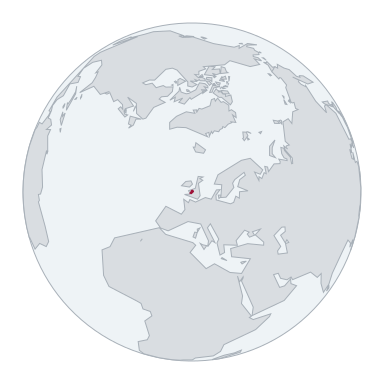 Powys highlighted on a globe, orthographic projection, rotated 35°
{"feature_id": "GBR-2111", "entity_name": "Powys", "entity_type": "Unitary Authority (wales)", "adm_level": 1, "iso_a3": "GBR", "parent_name": "United Kingdom", "parent_adm1": "", "projection": "orthographic", "projection_center": [-3.28, 52.311], "detail": "fine", "context": "on_globe", "style": "filled", "palette": "rose", "viewbox_px": 384, "rotation_deg": 35, "n_neighbors": 0, "source": "natural_earth", "source_scale": "10m", "svg_char_len": 10840}
<svg xmlns="http://www.w3.org/2000/svg" viewBox="0 0 384 384"><g transform="rotate(35 192 192)"><circle cx="192" cy="192" r="169" fill="#eef3f6" stroke="#a8b0b8"/><path d="M32.3,247.2L27.7,230.8L27.9,228.0L27.0,222.5L30.1,222.2L30.6,211.5L29.9,207.3L28.3,207.5L27.0,191.6L28.4,181.4L34.1,137.1L36.8,130.2L40.1,124.8L58.4,95.9L42.8,117.1L46.8,109.4L53.1,100.0L53.4,100.7L62.6,90.1L68.5,82.8L81.7,72.5L95.9,68.6L91.7,71.8L95.6,70.8L101.0,66.8L103.7,64.5L124.5,58.1L143.5,49.2L146.7,44.9L148.2,47.3L152.3,38.5L160.8,34.2L152.9,40.1L153.4,41.6L160.1,39.0L162.0,40.0L166.4,39.5L168.1,41.0L163.4,44.7L164.5,45.9L169.1,44.1L173.8,44.7L166.8,47.2L174.3,48.7L167.7,55.9L147.7,62.7L145.7,69.1L129.4,82.8L132.6,83.3L128.4,89.2L130.5,92.1L126.9,94.1L131.6,94.7L134.6,92.3L137.6,91.9L139.1,93.4L134.8,96.2L133.4,95.8L132.9,97.5L130.1,98.2L132.3,98.8L126.9,102.1L134.4,101.2L131.9,105.9L127.7,107.6L125.4,104.2L109.8,100.7L104.9,101.8L100.2,106.5L97.2,121.8L92.9,124.7L89.0,130.9L92.6,130.6L97.0,125.7L102.8,127.1L107.4,121.3L110.4,121.1L116.2,116.8L118.3,121.0L117.1,127.6L112.4,131.5L111.8,134.7L118.6,134.0L112.1,144.7L111.9,157.9L109.9,160.5L101.6,159.5L95.6,151.3L84.9,151.2L94.8,155.1L89.6,162.0L90.0,164.8L92.0,166.8L95.1,165.8L94.0,169.1L83.8,166.2L84.7,163.1L87.9,164.0L85.0,160.3L78.1,159.0L76.0,162.9L67.8,157.8L66.2,160.6L63.6,161.3L66.7,157.0L60.9,164.7L51.0,161.7L43.0,175.0L47.6,159.7L47.3,153.5L46.2,147.5L44.8,149.6L45.3,139.6L42.3,136.0L36.3,142.7L32.2,152.9L32.2,162.7L34.5,161.5L35.8,167.6L30.0,173.5L31.4,186.9L28.5,193.7L28.2,201.2L30.2,206.0L31.8,213.9L34.6,213.5L38.5,217.7L36.9,224.3L40.3,222.0L41.6,228.8L50.3,241.2L49.2,241.8L56.3,259.7L66.7,273.6L69.1,280.5L67.6,282.1L71.8,286.4L71.9,288.2L91.2,304.2L103.0,314.8L103.9,320.3L96.7,321.5L96.2,328.8L84.8,322.2L86.0,323.6L77.0,315.8L68.7,307.5L60.9,298.6L53.8,289.2L47.3,279.3L41.6,269.0L36.6,258.3L32.3,247.2ZM40.4,178.4L42.2,197.2L38.9,190.6L39.9,190.9L39.9,185.2L39.2,176.8L36.9,171.4L40.4,178.4ZM46.4,177.7L45.8,174.9L46.7,177.1L46.4,177.7ZM104.6,63.4L100.9,66.7L95.3,70.0L98.1,67.1L104.6,63.4ZM115.6,57.9L114.5,59.6L110.2,60.0L112.2,58.9L115.6,57.9ZM148.5,41.8L145.2,43.5L147.7,41.5L148.5,41.8ZM166.7,39.1L167.0,38.4L169.1,38.4L166.7,39.1ZM114.7,114.8L115.4,115.8L114.0,116.1L114.7,114.8ZM116.6,112.1L114.3,111.7L114.9,110.4L116.2,110.6L116.6,112.1ZM173.8,41.0L177.1,41.5L172.9,41.6L173.8,41.0ZM119.2,112.9L116.1,108.1L117.1,105.8L123.2,104.9L119.2,112.9ZM178.4,42.2L186.5,43.6L187.9,41.9L188.5,47.7L181.5,44.4L176.1,44.7L178.9,43.4L178.4,42.2ZM134.8,90.9L131.8,93.5L132.9,90.0L134.8,90.9ZM134.8,88.8L133.9,79.1L139.1,76.3L138.4,80.0L144.0,75.4L147.0,78.7L144.6,82.0L140.6,83.1L144.8,83.6L134.8,88.8ZM187.6,50.8L188.8,51.8L186.6,51.4L187.6,50.8ZM138.9,91.4L138.3,89.6L142.8,87.0L144.9,90.1L142.7,90.0L138.9,91.4ZM144.0,72.6L147.7,71.4L151.2,73.7L153.1,73.6L147.5,78.6L144.0,72.6ZM142.5,91.4L145.8,91.9L145.1,94.6L139.9,93.0L142.5,91.4ZM143.0,85.0L145.3,84.0L144.7,85.6L143.0,85.0ZM144.3,104.9L143.4,102.6L145.7,100.9L144.3,104.9ZM147.1,91.9L147.4,90.9L148.1,90.1L150.1,91.0L147.1,91.9ZM150.3,80.0L151.0,81.3L152.8,78.0L155.4,79.8L151.2,82.9L154.1,82.3L155.0,82.9L150.6,84.8L150.3,80.0ZM154.5,89.5L150.1,94.3L151.2,98.8L149.3,100.3L147.8,92.8L154.5,89.5ZM152.6,86.5L153.3,88.7L150.5,89.3L148.3,88.3L152.6,86.5ZM158.7,80.0L155.7,76.4L156.7,75.9L158.7,80.0ZM155.4,90.6L156.4,89.5L155.8,90.9L155.4,90.6ZM158.3,83.0L157.1,81.8L158.3,81.2L158.3,83.0ZM159.5,88.2L158.1,89.7L156.5,89.0L159.5,88.2ZM159.4,85.7L161.3,85.2L156.8,87.9L158.7,85.3L159.4,85.7ZM159.6,82.7L159.9,81.9L160.0,83.3L159.6,82.7ZM166.3,90.2L161.0,93.7L157.5,92.1L163.2,88.9L166.3,90.2ZM351.2,135.5L351.9,138.0L354.6,146.2L355.4,149.0L354.0,144.2L351.0,138.7L353.0,146.8L351.1,142.9L347.3,141.9L349.2,153.6L353.5,178.0L357.0,189.1L357.2,198.8L350.1,192.9L344.6,184.7L343.6,190.1L335.1,189.6L324.7,206.1L321.9,204.8L320.2,209.4L314.1,211.9L309.3,209.1L306.2,212.9L318.5,219.9L321.7,215.7L322.6,206.6L325.6,210.3L331.4,208.8L329.7,228.0L312.1,258.8L308.2,251.2L283.6,236.5L283.1,232.9L282.9,232.6L282.5,232.1L282.5,238.4L277.5,234.8L293.0,248.1L296.5,255.0L311.9,259.6L311.0,261.9L315.3,261.4L326.4,246.6L326.9,249.6L323.0,268.3L305.7,298.7L306.8,306.2L303.5,314.0L290.0,326.0L288.5,329.4L281.2,334.5L278.9,336.5L271.5,341.0L260.1,346.6L243.6,352.8L244.7,352.1L239.7,351.9L233.7,345.4L240.1,338.7L239.5,334.1L227.3,324.7L230.2,316.5L226.4,313.8L218.9,315.9L214.2,312.5L209.5,312.9L178.2,317.0L167.4,311.0L151.5,291.0L156.2,283.8L154.9,274.0L185.7,240.0L194.7,241.8L221.7,233.0L225.6,233.5L225.1,242.6L247.5,246.7L251.6,237.9L269.3,236.1L279.3,230.3L278.1,213.2L261.6,222.3L256.1,216.2L267.2,202.4L281.2,194.5L279.5,191.9L268.4,190.8L269.3,183.1L264.3,189.9L268.0,191.5L265.0,196.0L261.4,194.8L261.8,192.1L257.0,193.1L256.0,206.5L259.7,209.6L248.3,217.0L253.4,222.9L251.1,227.6L241.7,219.4L240.9,215.2L225.3,207.5L225.2,212.5L239.9,220.3L236.3,220.5L236.2,227.8L233.5,222.5L217.5,213.2L205.7,218.5L194.7,237.5L187.0,239.5L178.8,236.5L178.8,218.7L196.0,216.3L196.3,210.5L189.4,202.7L195.2,202.8L194.6,199.4L200.7,198.2L206.1,188.9L211.9,186.8L210.8,176.3L213.6,174.0L213.4,180.8L216.4,184.6L230.3,179.6L232.1,176.6L230.3,170.3L234.3,169.9L230.8,164.5L237.2,158.9L226.4,161.4L224.0,154.5L226.1,147.7L223.4,146.0L219.9,157.3L220.2,161.5L223.7,164.3L222.9,176.7L218.8,180.0L212.2,169.0L205.7,172.7L203.4,163.0L214.3,137.7L220.4,131.0L237.3,133.3L237.7,138.3L231.8,139.8L240.2,144.2L238.1,141.0L241.5,140.9L240.0,134.8L242.3,134.4L236.9,129.3L239.6,128.2L243.0,131.4L243.1,121.9L247.8,118.3L246.7,116.4L244.2,115.3L251.9,111.7L250.7,110.5L247.8,111.2L243.6,109.2L239.2,104.5L242.1,103.5L244.1,105.0L252.6,107.1L257.4,111.7L258.1,110.8L254.6,106.6L244.2,104.1L240.8,101.6L245.7,102.0L243.6,101.6L242.8,100.1L244.7,97.7L239.3,97.0L226.3,82.4L228.7,76.8L234.5,78.6L228.5,68.5L231.6,63.6L228.9,64.1L224.2,60.1L223.1,61.5L221.5,61.5L208.9,52.7L208.1,50.1L199.6,47.6L198.2,47.9L198.3,49.6L188.5,47.7L187.9,41.9L191.1,41.4L188.6,38.5L196.3,37.7L201.4,36.0L211.3,37.3L214.6,36.1L213.2,35.1L216.5,33.1L228.2,32.6L224.9,37.1L208.5,40.1L215.7,39.0L215.9,40.6L219.6,41.2L224.6,40.5L224.0,39.6L241.3,46.7L256.8,49.9L251.2,45.6L251.8,43.5L264.7,45.0L290.3,58.8L291.4,57.5L294.1,58.9L299.2,63.1L295.3,61.1L296.8,63.5L293.8,61.9L300.6,68.4L296.6,66.5L303.8,72.8L305.5,72.6L301.0,67.3L308.9,74.1L309.5,72.2L314.0,75.6L328.0,91.9L335.6,103.5L337.0,105.7L337.7,107.6L342.2,115.8L343.4,117.1L351.2,135.5ZM178.1,258.8L178.0,261.9L178.0,262.0L178.1,258.8ZM298.2,193.5L305.1,187.2L298.2,180.6L300.2,177.8L297.1,176.7L297.6,180.2L289.4,176.6L291.0,170.8L288.2,167.3L285.7,169.3L284.1,180.7L295.9,185.7L295.9,191.2L298.2,193.5ZM50.6,241.5L51.5,244.3L49.9,242.3L50.6,241.5ZM37.2,192.3L38.2,195.2L38.3,197.6L37.3,195.9L37.2,192.3ZM48.2,215.1L49.9,218.7L47.6,216.1L48.2,215.1ZM42.8,200.0L46.8,212.5L42.5,208.3L40.2,200.4L42.5,204.2L42.8,200.0ZM43.5,180.2L43.8,182.5L42.9,183.2L43.5,180.2ZM47.0,179.3L46.6,178.7L47.0,176.8L47.0,179.3ZM90.2,162.1L91.0,162.4L92.5,165.0L90.7,164.8L90.2,162.1ZM105.6,170.9L103.4,176.1L103.8,172.2L100.9,172.7L97.9,165.3L108.7,161.4L104.3,164.4L105.6,170.9ZM97.0,154.8L97.7,159.6L96.5,154.5L97.0,154.8ZM184.8,183.5L187.9,185.3L187.1,189.4L179.8,192.9L180.9,186.9L184.8,183.5ZM192.6,187.1L188.1,175.7L192.4,173.4L190.7,176.6L194.1,176.2L192.3,181.2L200.8,190.4L200.7,194.7L187.3,198.3L191.8,194.6L188.4,192.9L192.6,187.1ZM168.8,153.6L166.9,149.4L178.9,149.7L179.3,153.6L172.0,157.1L167.3,154.5L168.8,153.6ZM130.4,112.5L128.9,111.4L130.1,110.6L132.3,110.8L130.4,112.5ZM143.7,103.9L138.2,116.5L136.2,115.8L135.3,124.4L129.8,126.1L130.5,120.4L125.6,128.3L124.0,123.9L121.2,129.5L123.5,116.7L121.8,113.3L125.8,116.4L130.9,114.9L132.7,113.2L136.5,106.1L135.5,98.3L140.5,95.8L144.3,96.2L145.3,97.6L141.7,98.7L145.6,99.9L141.2,102.7L143.7,103.9ZM185.5,105.7L181.0,105.6L188.0,109.9L183.7,112.1L184.8,112.4L182.7,115.7L182.0,120.4L179.7,120.8L180.4,122.5L179.1,124.8L179.3,127.3L175.2,129.1L175.2,132.3L173.2,131.3L174.3,136.5L171.6,133.5L169.6,136.4L173.2,137.8L150.2,142.7L142.6,147.5L137.7,153.4L133.8,147.8L135.9,138.9L141.3,129.6L149.2,125.9L146.0,124.2L148.8,122.0L150.2,124.3L149.8,119.5L152.5,118.4L157.3,111.0L155.0,105.2L156.8,102.5L159.0,104.2L159.1,100.4L164.4,101.9L165.8,100.0L172.4,99.8L175.8,104.4L177.1,102.0L182.1,101.9L185.5,105.7ZM168.2,90.3L173.3,94.9L173.5,98.5L162.0,97.5L160.0,98.9L152.6,98.7L152.6,93.6L154.7,94.1L156.7,93.4L155.9,95.3L158.1,93.3L161.1,94.0L163.6,92.7L164.6,94.5L168.2,90.3ZM228.3,229.4L231.0,229.1L234.8,227.5L234.8,232.2L228.3,229.4ZM217.3,223.3L219.5,222.2L221.4,227.8L218.6,228.2L217.3,223.3ZM219.1,216.9L219.5,221.7L217.6,219.4L219.1,216.9ZM215.3,179.5L217.4,178.0L218.3,179.4L217.8,181.9L215.3,179.5ZM205.4,120.0L202.8,119.1L203.1,118.1L199.2,113.7L202.1,111.9L205.6,113.9L205.4,120.0ZM276.2,217.5L274.3,222.2L272.3,221.6L273.4,220.1L276.2,217.5ZM254.2,228.5L260.0,228.1L254.2,229.8L254.2,228.5ZM208.0,117.3L206.0,115.7L208.7,115.9L208.0,117.3ZM204.0,110.4L206.9,110.1L202.0,111.2L204.0,110.4ZM323.5,295.4L310.0,312.9L304.6,317.8L305.7,316.0L312.0,307.2L319.0,299.5L323.1,293.2L323.5,295.4ZM357.4,189.5L359.2,192.1L359.0,196.0L357.4,189.5ZM338.7,108.2L340.6,111.8L339.9,110.7L336.9,105.3L338.7,108.2ZM321.5,83.5L321.3,83.3L317.5,78.9L319.4,81.1L321.5,83.5ZM230.1,101.8L232.3,109.7L235.7,114.6L240.7,116.0L234.6,117.6L229.3,110.0L230.1,101.8ZM226.5,84.8L222.1,83.9L223.3,82.3L224.5,82.3L226.5,84.8ZM224.3,85.7L220.3,88.4L217.4,86.6L221.2,84.8L224.3,85.7ZM214.3,102.5L214.7,104.9L212.6,104.7L214.3,102.5ZM290.2,54.9L288.9,54.2L285.7,51.9L287.5,53.0L290.2,54.9ZM274.1,44.6L284.4,51.1L292.4,56.9L291.5,56.0L296.2,59.2L295.8,59.5L287.8,53.9L282.3,49.9L278.4,47.9L272.4,44.5L269.0,43.5L265.4,41.9L266.8,41.7L274.1,44.6ZM267.7,43.3L259.4,41.3L254.9,38.2L255.7,37.9L261.4,40.1L263.4,41.6L267.7,43.3ZM256.1,40.0L258.0,41.6L250.0,43.8L247.1,43.5L250.9,39.7L252.9,41.0L255.7,41.2L256.1,40.0ZM190.1,51.0L188.9,51.7L188.8,50.6L190.1,51.0ZM221.0,62.4L218.7,62.2L218.7,60.8L221.0,62.4ZM212.4,61.0L214.0,62.7L211.1,61.2L212.4,61.0ZM217.9,66.6L214.1,63.6L219.5,65.9L217.9,66.6Z" fill="#d9dde1" stroke="#a8b0b8" stroke-width="1"/><path d="M192.2,190.6L192.3,190.6L192.5,190.7L192.6,190.8L192.4,190.9L192.4,191.0L192.3,191.3L192.5,191.2L192.5,191.3L192.4,191.5L192.2,191.5L192.3,191.8L192.6,191.9L192.6,192.0L192.4,192.2L192.4,192.3L192.3,192.5L192.3,192.8L192.4,193.0L192.4,193.3L192.3,193.5L192.2,193.5L191.9,193.5L191.8,193.4L191.7,193.5L191.7,193.4L191.7,193.5L191.4,193.6L191.2,193.6L191.1,193.4L191.2,193.2L191.3,193.1L191.2,193.0L191.2,192.9L191.3,192.9L191.3,192.7L191.2,192.7L191.1,192.4L191.2,192.2L191.2,191.9L191.3,191.9L191.2,191.7L191.2,191.4L191.1,191.5L191.0,191.4L190.9,191.3L190.9,191.2L191.0,191.1L191.1,190.9L191.3,190.9L191.5,190.8L191.5,190.7L191.4,190.6L191.5,190.5L191.6,190.4L191.8,190.4L192.0,190.5L192.2,190.6Z" fill="#f43f5e" stroke="#9f1239" stroke-width="1.5"/></g></svg>